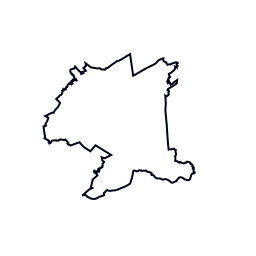 outline of Jala, Nayarit, Mexico, rotated 124°
{"feature_id": "50627088B47723743355914", "entity_name": "Jala", "entity_type": "district", "adm_level": 2, "iso_a3": "MEX", "parent_name": "Mexico", "parent_adm1": "Nayarit", "projection": "mercator", "projection_center": [-104.394, 21.203], "detail": "fine", "context": "isolated", "style": "outline", "palette": "ink", "viewbox_px": 256, "rotation_deg": 124, "n_neighbors": 0, "source": "geoboundaries", "source_scale": "gbopen_adm2", "svg_char_len": 5806}
<svg xmlns="http://www.w3.org/2000/svg" viewBox="0 0 256 256"><g transform="rotate(124 128 128)"><path d="M113.6,207.5L113.6,207.2L114.0,206.5L114.1,206.4L114.5,205.6L114.3,205.0L114.4,204.4L115.0,204.4L115.1,202.7L114.8,202.5L115.0,202.1L115.6,201.7L116.8,200.3L116.8,200.1L116.6,200.1L116.6,198.9L116.8,198.2L117.3,197.2L117.5,197.3L117.9,198.5L118.0,199.7L118.3,199.9L119.1,199.7L118.9,200.7L119.5,200.7L120.6,201.1L120.8,200.3L121.2,200.6L121.3,200.5L121.4,200.8L121.9,200.6L122.7,200.9L122.7,200.7L122.1,200.5L122.8,200.6L122.1,200.4L122.4,199.9L122.4,198.9L123.5,199.2L123.3,200.1L123.4,200.4L123.0,201.5L123.5,200.5L123.7,200.9L124.0,201.1L123.8,201.7L124.1,201.2L124.2,201.3L124.1,201.7L125.9,202.1L126.2,202.1L127.0,201.6L127.7,201.6L128.5,202.1L129.2,202.0L129.1,201.7L130.2,202.0L130.4,201.7L130.5,201.4L130.8,201.2L131.8,202.0L131.5,202.5L132.0,203.0L131.9,203.4L132.8,203.2L133.5,203.4L133.6,202.8L134.7,202.7L136.0,201.9L137.2,201.9L138.0,202.0L138.7,202.7L138.9,202.8L139.5,202.7L141.7,203.1L142.2,203.3L144.0,203.7L145.1,198.4L149.4,197.8L154.4,198.5L156.6,198.3L156.9,198.1L157.7,199.5L162.4,202.1L163.0,202.4L163.2,202.6L164.3,203.3L164.1,199.8L165.0,199.4L166.8,199.0L170.9,198.6L171.6,198.3L171.8,197.3L172.4,197.4L172.6,197.7L173.1,197.9L173.4,198.4L173.9,198.9L177.5,195.9L178.7,194.6L179.7,193.8L181.2,192.1L182.6,191.4L183.1,191.5L183.1,190.7L182.9,188.4L183.1,188.1L182.9,187.8L182.9,187.4L182.6,186.7L183.2,186.1L184.5,185.6L184.4,184.8L184.7,184.5L183.7,184.0L183.7,184.4L180.8,183.8L178.9,181.3L178.4,180.9L178.4,180.1L177.4,178.7L176.7,178.6L176.1,177.9L175.3,177.8L173.4,173.6L173.1,173.4L173.0,173.1L172.7,173.2L173.4,170.1L173.7,169.6L174.8,169.4L175.0,168.0L174.6,167.7L174.7,165.9L167.0,160.3L168.3,155.0L168.5,153.3L168.3,146.2L160.5,145.2L159.8,126.9L166.1,130.4L167.0,133.3L167.3,132.8L167.6,132.7L167.8,132.5L167.8,132.2L168.8,131.7L169.3,131.1L169.4,129.2L169.5,128.8L170.0,128.9L170.5,128.8L171.7,129.2L173.3,128.0L174.1,127.7L174.4,127.9L174.9,127.4L175.3,127.8L175.6,128.2L176.4,128.1L177.4,129.3L178.5,129.8L179.3,129.4L179.5,129.4L178.8,128.2L180.3,127.5L181.5,129.0L182.4,131.3L182.1,131.8L182.8,132.1L183.2,131.9L183.2,131.6L183.4,131.4L183.2,131.3L183.0,130.4L183.3,129.9L183.8,129.6L183.4,128.6L184.1,127.0L184.4,126.8L187.9,127.8L190.5,128.4L193.5,127.2L197.9,125.7L197.8,124.1L200.9,125.9L209.2,128.0L209.7,128.2L209.2,127.7L208.9,127.7L208.3,127.1L207.7,126.5L207.4,125.9L207.3,125.4L207.4,124.4L207.8,123.4L207.6,121.7L207.2,121.2L207.1,120.6L207.3,120.2L207.2,119.1L205.9,116.5L204.6,115.1L201.4,113.5L200.5,112.9L199.5,111.9L198.6,111.4L197.5,110.4L197.2,110.3L196.3,110.6L196.0,111.2L195.6,111.6L194.8,111.5L193.9,111.1L191.9,111.0L191.1,110.6L191.1,110.0L190.7,108.7L190.2,107.7L189.0,106.5L186.9,103.9L184.4,101.7L183.5,101.4L182.9,100.8L181.1,99.8L180.1,99.0L177.5,97.3L174.7,95.9L172.9,95.2L167.2,96.8L161.0,99.4L160.4,99.6L159.8,99.2L159.2,96.8L158.9,96.4L158.5,95.9L157.3,95.4L156.6,94.8L156.3,93.9L155.7,93.2L155.8,92.8L155.6,92.2L154.8,91.5L154.0,90.1L153.2,89.4L153.2,89.0L153.4,88.6L153.5,87.3L153.0,86.7L153.0,86.2L152.1,84.1L152.1,83.4L152.8,82.7L153.1,82.7L153.3,82.8L153.7,82.4L153.7,81.9L153.0,80.6L152.9,79.8L153.4,79.0L153.5,78.4L153.8,77.8L153.6,76.6L153.6,76.2L153.0,74.7L152.3,73.8L151.5,71.7L151.5,71.0L151.4,70.2L150.0,69.1L149.3,68.2L149.0,67.2L148.7,65.9L148.8,63.2L149.0,61.9L148.8,60.9L148.5,60.5L148.0,60.1L147.3,59.8L145.9,58.9L145.2,58.5L145.1,58.2L142.0,58.2L140.6,57.9L140.0,57.5L139.2,56.5L138.8,55.2L138.7,54.1L139.0,52.4L138.5,51.6L138.2,49.9L137.7,49.1L137.1,48.4L135.8,47.9L134.5,48.4L130.9,49.4L129.9,49.2L129.5,49.0L129.2,48.4L128.6,47.8L127.9,47.7L127.9,48.0L127.3,48.5L127.4,48.8L127.4,49.2L126.9,49.6L126.0,50.5L125.6,50.3L125.2,50.5L125.2,51.8L125.1,52.0L124.6,52.0L124.4,51.5L123.9,51.5L123.8,52.4L123.6,52.6L123.7,53.3L123.1,53.3L122.8,53.6L122.5,54.4L122.5,55.0L122.6,55.4L123.0,55.8L122.9,56.1L121.8,57.0L121.8,57.3L122.5,59.2L122.7,59.7L123.0,60.0L123.0,60.3L123.4,60.5L124.1,60.4L124.7,61.2L125.3,61.2L125.8,61.5L126.2,62.1L126.4,62.8L127.1,64.0L127.0,64.4L126.8,64.9L126.8,65.7L127.6,66.6L128.0,66.3L128.2,67.4L128.0,68.7L128.6,69.4L128.8,70.6L127.0,71.5L124.5,73.4L123.2,73.2L122.0,74.3L120.9,75.5L119.5,76.1L119.8,77.7L119.4,78.3L123.2,82.2L119.1,85.7L110.2,92.7L103.9,97.5L93.1,106.4L91.0,107.8L86.9,110.1L80.5,115.0L80.6,114.6L80.4,114.1L80.0,114.1L79.7,113.5L77.5,112.9L75.9,114.4L74.6,114.6L74.3,115.3L74.6,116.3L73.4,116.7L68.2,114.3L63.8,112.5L60.8,114.1L68.3,116.8L66.4,119.8L68.5,119.9L68.3,120.3L67.5,121.4L67.2,121.3L66.5,121.7L66.3,121.6L65.5,121.8L65.3,122.0L65.0,121.9L64.8,122.0L64.5,122.1L64.0,121.8L63.5,121.8L63.4,122.0L63.0,121.9L62.9,122.2L62.3,121.7L61.4,123.1L60.3,124.4L57.5,123.0L53.7,122.0L51.7,122.4L50.8,123.5L50.3,122.0L50.1,122.0L50.2,121.7L49.6,122.1L49.5,121.9L49.3,122.0L49.2,121.7L48.8,121.6L48.7,122.4L48.5,122.6L47.9,123.4L47.0,123.3L46.6,123.1L46.3,123.1L46.4,124.1L46.5,124.5L46.7,125.0L50.0,127.6L51.4,128.3L51.4,128.5L52.4,129.6L52.7,130.1L53.5,130.4L53.5,130.7L53.4,131.5L53.1,131.7L52.8,132.5L52.4,132.7L52.1,133.1L52.6,135.2L52.5,136.3L51.8,136.8L51.6,137.1L50.4,137.6L51.0,138.3L54.2,140.2L55.4,140.7L58.0,141.0L59.2,141.3L60.4,141.8L68.7,146.5L80.9,152.4L81.7,153.0L65.6,167.6L77.0,172.9L78.5,174.4L85.7,177.2L87.4,177.8L87.7,177.8L89.6,178.5L90.8,179.7L91.4,179.4L92.4,179.6L92.7,180.0L93.0,180.9L93.8,181.8L94.4,184.0L94.2,184.8L95.8,186.8L97.2,189.7L98.5,192.8L98.0,199.5L99.2,198.3L100.3,197.6L101.1,198.0L101.3,197.9L102.1,198.1L103.0,198.6L103.4,198.3L103.5,197.2L103.5,196.1L104.1,194.9L106.6,196.8L107.3,195.7L109.4,197.0L108.7,197.6L108.0,198.3L108.1,199.1L108.3,199.6L106.6,206.2L108.8,205.8L109.0,205.9L109.5,206.7L110.2,207.2L110.5,207.3L110.7,207.6L111.7,208.3L112.0,208.2L113.6,207.5Z" fill="none" stroke="#020617" stroke-width="2"/></g></svg>